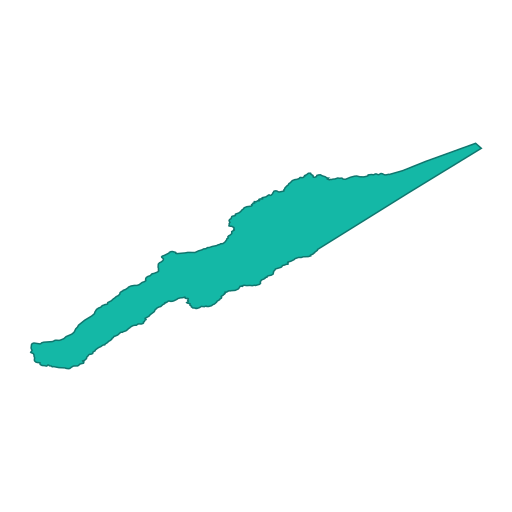 Hrunamannahreppur, Suðurland, Iceland
{"feature_id": "244011B85072287894251", "entity_name": "Hrunamannahreppur", "entity_type": "district", "adm_level": 2, "iso_a3": "ISL", "parent_name": "Iceland", "parent_adm1": "Suðurland", "projection": "equal_earth", "projection_center": [-19.797, 64.432], "detail": "fine", "context": "isolated", "style": "filled", "palette": "teal", "viewbox_px": 512, "rotation_deg": 0, "n_neighbors": 0, "source": "geoboundaries", "source_scale": "gbopen_adm2", "svg_char_len": 6020}
<svg xmlns="http://www.w3.org/2000/svg" viewBox="0 0 512 512"><path d="M37.3,362.5L40.0,362.8L40.1,364.3L40.3,364.6L42.1,365.5L45.0,365.7L46.3,366.1L47.0,365.9L47.7,365.1L48.3,365.0L48.9,365.2L49.4,365.8L51.3,366.0L52.2,366.8L53.8,366.6L58.7,367.6L64.8,367.9L66.2,368.4L68.4,368.7L69.8,368.5L71.3,367.3L73.5,366.0L77.6,365.9L78.4,365.5L80.1,364.0L83.5,363.2L83.9,361.9L83.0,361.5L82.7,360.9L84.6,360.3L86.5,358.6L86.6,357.7L87.0,356.8L88.1,355.8L88.6,354.9L89.4,354.4L91.3,354.1L92.7,353.5L92.8,352.6L93.2,351.9L95.1,350.8L95.4,349.9L97.8,348.1L99.5,347.1L100.7,346.7L102.4,345.4L103.8,344.8L104.7,344.9L105.3,343.9L107.3,342.7L108.7,341.3L110.2,340.5L111.6,339.4L111.8,339.1L111.9,338.5L113.3,337.5L114.1,336.3L114.9,336.2L117.7,335.0L120.5,332.5L121.2,332.2L122.3,332.3L123.3,331.7L126.0,330.8L127.7,329.5L128.4,328.6L129.8,327.8L130.4,327.1L132.8,325.7L134.3,325.3L136.5,325.2L137.5,324.3L138.6,323.9L141.4,324.0L143.1,323.4L143.6,322.8L143.4,322.2L144.5,321.3L145.0,320.1L146.0,319.6L145.1,318.3L149.1,316.1L150.2,314.7L154.3,311.6L155.3,309.4L156.4,308.8L157.1,307.9L158.9,307.0L160.8,306.5L162.8,304.6L164.3,303.9L165.0,303.3L164.8,302.8L165.5,302.5L166.5,302.5L168.3,301.1L169.1,301.0L170.6,301.4L172.1,301.3L173.7,300.9L177.0,299.3L177.7,298.6L180.1,297.9L182.6,297.7L184.9,297.1L185.2,297.6L185.0,297.9L185.3,298.2L186.3,298.5L187.8,298.4L188.3,298.7L188.2,299.4L187.7,300.3L188.3,300.9L188.2,301.5L186.7,302.6L187.2,303.0L189.9,303.7L189.8,304.0L190.1,304.8L190.0,305.2L191.0,305.8L191.4,306.5L191.4,306.9L192.4,307.5L192.7,307.9L195.1,308.1L195.9,308.5L196.3,308.2L196.8,308.5L199.5,307.6L201.3,306.4L204.4,306.7L205.1,306.3L206.2,306.1L206.8,306.5L208.7,306.5L211.6,305.7L212.7,304.7L214.3,304.1L216.6,302.2L216.6,301.8L216.9,301.6L217.1,301.2L219.6,299.7L219.8,299.1L221.4,298.1L221.6,297.5L221.2,296.7L221.2,296.4L222.9,295.4L224.0,294.3L224.5,294.1L224.9,293.6L224.6,293.4L225.2,292.8L225.1,292.2L226.6,292.1L228.8,290.8L230.2,290.9L230.8,290.7L235.1,290.4L238.4,288.9L239.7,287.1L239.9,286.4L241.2,286.2L242.5,286.4L242.7,286.2L242.4,285.7L244.0,285.2L246.7,285.6L250.0,285.4L252.2,285.7L254.5,285.2L255.4,285.5L259.6,284.3L260.6,283.1L260.2,282.0L261.5,280.0L264.3,278.8L265.2,278.1L265.1,277.8L265.4,277.5L267.0,277.2L267.1,276.5L267.6,276.1L268.7,275.7L271.2,275.2L273.1,274.1L273.3,273.2L273.5,272.7L273.3,272.2L274.2,270.7L275.2,269.7L275.4,269.0L281.0,267.3L281.9,266.6L282.2,265.9L282.9,265.4L284.8,265.0L285.8,264.4L287.9,264.2L288.1,264.0L287.9,263.5L288.1,262.8L287.7,262.4L288.0,262.0L290.7,261.3L294.1,259.6L294.8,258.8L295.7,258.4L298.7,257.4L300.6,257.5L301.7,257.4L302.9,256.8L308.4,256.6L310.6,255.9L310.3,255.4L310.4,255.2L313.1,254.0L313.4,253.3L314.5,252.9L314.7,252.3L317.4,250.3L317.5,249.5L408.4,192.9L481.3,148.3L475.6,143.3L425.9,161.3L402.2,170.8L389.2,174.5L388.7,174.3L385.9,174.9L384.4,174.8L382.5,173.8L381.2,173.5L380.6,173.6L379.0,174.6L378.2,174.7L376.1,173.9L375.2,174.0L373.6,174.8L371.4,174.5L368.3,174.9L368.1,175.0L368.2,175.5L367.0,176.2L363.9,176.9L359.9,176.8L356.7,176.0L354.5,176.2L350.3,177.3L345.5,179.3L343.2,179.2L342.3,178.3L341.4,178.1L339.7,178.3L337.7,178.0L334.8,179.0L333.0,179.1L331.7,179.5L330.6,179.4L329.5,179.8L327.3,179.1L327.3,178.9L328.4,178.1L326.9,177.9L325.1,176.7L322.2,175.8L320.5,174.8L318.7,174.9L316.9,175.4L316.4,176.6L314.6,177.3L313.5,177.2L313.2,177.0L313.2,176.2L312.8,175.8L312.9,175.4L310.9,174.3L310.8,173.4L310.6,173.2L309.2,173.2L308.3,173.3L306.6,174.7L304.8,175.5L305.0,175.9L304.2,176.3L303.6,177.3L302.1,177.7L300.7,177.4L299.9,177.6L299.5,178.0L299.4,178.4L298.5,178.8L296.7,179.4L294.8,179.6L292.3,180.6L290.2,182.8L288.9,183.6L288.2,185.0L287.0,185.8L284.9,188.0L284.6,189.0L283.8,190.0L284.0,190.8L283.7,191.1L279.2,192.0L278.2,191.8L277.3,191.2L275.9,190.8L274.1,191.1L273.7,191.5L273.4,192.4L272.9,192.8L272.6,193.7L271.2,195.2L270.2,195.4L269.2,194.9L268.6,195.0L265.9,196.9L262.2,197.7L262.1,197.9L262.6,198.8L262.4,198.9L260.6,198.9L259.2,199.2L258.8,199.8L259.5,200.5L259.2,200.8L257.5,200.8L256.3,201.7L254.3,201.6L254.1,202.2L254.5,202.9L252.9,203.3L252.8,203.8L251.6,204.7L252.0,205.6L251.2,206.1L246.8,206.7L244.1,207.8L243.5,208.9L242.0,209.9L240.7,211.5L238.9,212.9L235.5,214.1L235.3,214.3L235.4,215.3L235.0,215.7L233.1,216.0L231.8,216.5L231.0,218.7L229.6,219.5L229.1,220.4L229.1,220.8L229.9,222.4L229.2,223.5L229.2,224.9L228.9,225.8L230.0,226.2L231.7,226.3L234.0,227.6L234.1,228.4L233.7,229.1L234.3,229.7L234.3,230.0L231.7,231.6L231.8,233.6L229.8,235.3L228.7,235.8L227.9,236.7L228.2,237.9L226.8,238.9L226.6,239.9L224.8,242.2L222.9,243.6L220.6,243.8L219.6,244.5L218.1,244.8L216.6,245.6L212.1,246.5L209.4,247.5L207.4,247.6L205.9,248.7L203.7,248.9L201.8,249.9L198.4,250.9L195.0,252.5L187.7,252.4L185.3,252.9L177.1,253.6L175.8,253.3L175.9,252.7L175.7,252.4L172.5,251.5L171.0,251.6L169.4,252.3L168.9,253.1L164.1,255.5L162.3,256.1L161.6,256.9L161.8,257.4L163.4,258.7L163.4,259.4L162.9,260.6L161.3,261.9L159.5,262.8L158.3,264.1L158.1,267.1L158.5,268.6L158.4,270.4L158.7,270.9L158.3,271.5L157.3,272.1L154.1,273.4L152.0,273.8L150.2,275.7L148.0,276.4L146.9,277.1L146.3,277.5L145.7,278.7L145.6,279.5L145.9,280.4L145.7,280.8L144.1,281.8L142.2,282.4L139.1,284.7L137.0,285.4L134.4,285.4L131.0,286.0L128.5,287.1L128.0,287.8L125.5,289.5L123.2,290.3L122.6,291.1L121.5,291.5L120.2,292.5L119.9,293.2L119.9,294.0L118.3,295.6L116.1,296.7L114.7,298.0L113.2,299.0L111.3,300.8L107.9,302.5L107.6,302.9L107.6,303.9L106.8,304.3L105.1,304.5L103.8,305.1L103.0,305.3L101.8,306.0L100.8,307.2L98.3,308.1L97.9,308.6L96.6,309.3L94.8,312.2L94.5,313.6L91.7,316.0L84.7,320.2L78.5,325.2L77.5,327.1L75.7,328.9L74.6,331.3L73.9,332.4L71.7,334.2L66.1,336.6L63.8,338.7L60.1,340.2L59.0,340.4L55.8,340.2L54.5,340.5L53.5,341.2L52.2,341.6L43.7,342.2L41.7,342.8L40.7,343.7L39.9,343.9L33.9,343.0L32.2,343.6L31.5,344.6L31.1,347.9L31.3,348.8L32.0,350.2L32.0,350.6L30.7,352.3L31.0,352.6L33.0,353.4L33.5,353.9L34.0,354.9L34.0,356.1L34.7,358.0L34.4,359.0L34.4,360.3L34.6,360.9L35.9,362.1L37.3,362.5Z" fill="#14b8a6" stroke="#0f766e" stroke-width="1.5"/></svg>